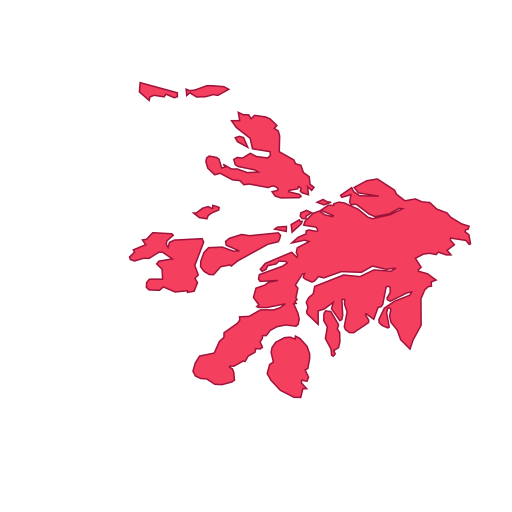 outline of Argyll and Bute, rotated 28°
{"feature_id": "GBR-2746", "entity_name": "Argyll and Bute", "entity_type": "Unitary District", "adm_level": 1, "iso_a3": "GBR", "parent_name": "United Kingdom", "parent_adm1": "", "projection": "robinson", "projection_center": [-5.597, 55.994], "detail": "fine", "context": "isolated", "style": "filled", "palette": "rose", "viewbox_px": 512, "rotation_deg": 28, "n_neighbors": 0, "source": "natural_earth", "source_scale": "10m", "svg_char_len": 6177}
<svg xmlns="http://www.w3.org/2000/svg" viewBox="0 0 512 512"><g transform="rotate(28 256 256)"><path d="M435.7,265.9L423.1,262.0L415.3,255.0L406.3,251.2L402.1,246.2L400.0,239.5L397.8,239.1L397.0,240.5L398.0,244.9L407.0,256.2L406.0,257.7L399.6,258.1L396.0,257.0L394.3,254.2L393.8,241.8L399.7,230.7L410.3,218.3L410.3,214.7L406.6,217.7L395.8,232.9L392.6,233.0L391.4,231.5L391.7,225.6L389.4,221.0L387.4,220.4L385.4,222.2L390.6,239.1L390.2,242.1L387.9,244.1L389.7,256.6L380.3,255.3L380.3,256.6L385.8,259.8L386.6,262.0L378.2,277.9L374.3,279.8L369.5,279.0L367.1,276.9L362.7,262.6L356.6,256.8L354.7,252.7L352.2,254.1L360.5,267.8L361.6,271.9L360.4,273.7L347.4,267.1L346.0,260.6L341.2,270.7L336.7,275.3L343.0,287.2L328.5,283.1L326.9,281.6L325.9,276.8L322.1,273.2L322.1,267.9L324.3,262.6L322.1,255.3L342.3,231.6L357.5,225.4L366.7,212.9L382.3,206.1L385.3,201.0L377.0,206.7L363.5,210.3L356.8,220.9L338.7,229.7L326.2,243.4L320.9,244.8L319.3,250.8L317.5,252.8L310.4,253.3L307.6,252.7L307.1,248.8L305.4,250.3L304.4,263.2L308.1,264.7L310.8,274.0L312.7,275.3L311.7,277.9L313.8,279.0L311.7,280.5L320.1,287.0L323.9,291.6L325.3,296.6L324.3,299.2L314.7,302.9L307.7,308.6L303.5,314.9L302.4,321.5L299.1,323.3L300.3,325.6L300.0,330.0L304.5,333.5L303.5,336.0L299.3,337.9L300.3,341.5L296.1,348.0L295.9,354.3L294.1,354.6L288.2,363.7L284.7,365.3L284.7,366.5L288.1,366.7L291.0,369.2L295.3,375.7L293.8,378.6L286.3,385.6L279.9,388.6L270.0,387.7L264.9,390.1L258.8,390.4L254.4,387.3L252.6,379.0L253.2,370.8L264.7,361.3L263.8,348.6L265.9,342.9L263.8,338.8L271.2,324.1L271.8,320.2L270.0,317.5L278.3,312.5L285.2,301.5L296.9,295.3L301.6,290.3L304.4,284.4L289.7,296.5L282.4,300.2L280.4,300.3L281.5,297.8L273.2,293.8L271.1,284.4L277.5,277.5L279.4,273.4L286.8,267.3L271.5,276.5L269.0,275.2L267.7,270.9L284.4,252.3L286.8,247.4L284.8,246.8L278.5,249.9L277.5,253.5L271.0,259.0L271.1,263.2L268.6,266.7L266.0,265.7L267.7,258.1L285.8,235.9L292.7,238.0L292.3,235.6L289.9,234.1L288.6,229.4L296.1,218.3L291.5,219.2L281.5,227.6L284.4,219.7L289.9,212.9L288.5,210.3L290.4,208.2L298.3,205.7L298.6,204.3L295.6,202.3L283.6,206.4L283.0,202.5L286.5,191.3L290.9,186.5L297.8,187.3L305.3,185.2L305.3,184.0L291.8,185.2L296.0,177.2L300.8,174.9L300.2,173.3L304.0,169.5L309.0,167.7L324.3,166.7L336.5,169.2L341.5,168.3L355.1,156.5L363.2,145.5L359.9,146.7L354.0,156.0L342.7,165.4L336.2,165.9L320.1,163.3L315.9,166.0L313.5,164.7L311.0,157.3L304.3,163.9L302.2,162.7L308.4,150.7L312.0,153.3L319.1,154.2L336.4,145.5L316.7,152.2L310.5,149.4L318.5,137.5L327.0,131.0L347.4,132.8L351.1,135.5L361.6,137.3L369.9,130.8L377.3,130.2L384.3,127.2L393.5,129.7L404.5,128.3L409.6,130.4L422.4,131.1L430.2,129.7L430.7,132.7L429.0,134.1L429.1,136.4L434.0,137.3L439.7,144.5L438.8,145.7L434.1,143.7L419.4,148.8L420.2,150.7L425.9,152.9L422.0,161.2L427.6,163.5L423.6,165.7L415.1,167.0L414.5,170.1L407.8,172.2L402.9,175.8L397.8,183.2L407.1,188.4L405.8,192.2L406.6,193.2L415.7,191.2L426.3,192.7L422.9,196.6L425.1,200.3L422.5,202.2L420.9,206.7L421.7,216.3L434.3,239.6L434.1,256.4L435.7,265.9ZM269.0,170.6L273.6,177.3L266.8,178.6L264.6,177.9L264.0,175.0L260.8,174.6L261.3,177.1L254.5,182.5L254.5,184.0L265.4,181.2L267.8,182.1L266.8,184.2L250.8,193.0L244.8,194.1L240.0,191.7L244.0,188.2L244.2,186.5L241.1,185.5L237.4,186.5L234.7,189.8L216.1,195.7L211.8,198.8L206.3,197.0L199.5,199.8L185.5,199.8L181.4,203.7L172.2,201.1L167.3,196.0L166.4,192.4L167.8,189.7L174.9,187.5L177.9,187.9L184.4,194.4L187.2,191.7L184.0,190.4L193.6,190.7L198.5,188.0L209.0,186.5L218.7,180.8L214.7,180.5L198.5,185.3L194.8,185.1L191.1,181.2L193.2,177.8L198.1,175.9L202.8,168.0L209.6,168.0L220.4,163.9L221.4,160.1L219.4,157.3L202.6,163.0L195.6,154.8L178.3,151.8L170.9,148.0L178.1,144.1L172.9,137.5L178.4,137.2L183.3,134.8L187.2,137.1L188.7,132.5L199.2,128.7L204.0,128.3L213.2,131.0L212.2,134.8L216.9,135.1L220.6,139.0L227.6,153.0L244.3,153.4L247.7,156.0L253.0,154.8L258.7,160.0L265.7,161.0L270.1,167.3L275.0,168.1L274.3,172.0L269.0,170.6ZM216.9,307.0L217.9,316.1L212.6,320.3L211.7,318.9L201.4,325.8L188.7,326.8L186.9,331.6L177.6,336.1L174.0,335.2L171.9,330.9L172.8,326.5L184.4,320.3L179.3,311.8L172.0,309.6L172.7,306.1L183.5,297.8L171.5,296.5L168.4,298.4L162.7,308.3L157.8,310.8L151.0,317.5L146.7,318.1L144.8,316.2L147.0,309.6L144.8,308.2L153.3,297.8L148.2,295.1L151.5,292.7L153.9,283.9L171.2,275.9L173.2,276.5L170.2,284.4L171.3,287.9L174.3,289.7L173.2,284.6L176.4,280.3L200.3,266.0L203.3,268.3L206.4,293.1L213.9,299.8L212.6,304.4L216.9,307.0ZM363.0,349.4L359.7,351.2L361.9,359.9L355.9,362.9L340.7,363.2L327.4,358.6L321.1,354.6L319.0,345.4L321.1,341.5L314.5,333.8L313.1,329.2L313.9,322.9L319.6,314.6L324.3,311.6L329.5,311.0L328.4,308.2L333.6,308.2L343.5,311.8L349.3,317.2L351.5,321.3L354.6,330.9L352.8,333.5L359.4,338.4L359.8,342.7L354.7,344.1L355.6,346.7L363.0,349.4ZM240.8,241.1L264.8,225.1L268.0,226.2L269.0,230.7L268.8,233.1L261.1,239.9L242.2,268.8L238.9,276.5L237.3,276.1L229.9,282.0L227.3,292.4L223.4,294.3L217.5,294.0L212.1,291.5L209.7,286.5L208.4,277.3L210.2,270.9L222.0,264.0L233.9,262.3L238.9,259.3L224.6,260.5L222.3,257.3L224.2,252.9L233.1,243.8L240.8,241.1ZM369.1,303.0L371.9,305.3L371.2,308.2L369.3,308.1L366.0,303.0L356.0,296.3L352.3,285.2L346.1,281.2L343.0,274.8L343.2,271.8L348.1,269.9L361.2,277.9L362.1,282.3L365.9,284.4L370.3,292.2L371.9,298.2L369.1,303.0ZM72.3,157.3L109.9,148.8L111.8,152.2L109.6,154.6L100.5,155.4L100.2,158.6L90.5,162.0L87.7,165.4L88.6,168.8L76.0,165.8L72.3,157.3ZM153.7,121.6L146.9,132.1L142.4,133.6L136.8,139.0L128.9,143.5L120.9,143.0L119.5,146.8L116.0,141.5L120.1,141.0L124.1,138.2L132.7,128.7L137.6,126.1L148.1,121.6L153.7,121.6ZM190.5,234.8L194.0,234.8L195.3,234.1L194.1,231.6L199.1,230.5L200.8,230.6L201.5,232.9L196.6,238.9L194.8,242.8L195.2,246.2L188.0,248.7L180.7,247.4L183.1,246.0L186.4,238.9L190.5,234.8ZM197.7,163.9L186.0,163.8L182.1,161.3L185.3,158.1L189.4,157.3L197.7,163.9ZM277.3,203.7L278.9,204.9L280.5,203.7L280.8,206.5L276.7,218.1L272.3,211.7L277.3,203.7ZM275.3,196.9L279.2,192.0L284.7,191.7L281.6,197.3L282.5,199.8L279.1,201.3L276.3,200.0L275.3,196.9ZM269.0,215.6L271.2,220.1L259.8,223.5L261.4,220.4L269.0,215.6ZM288.7,174.6L293.5,174.7L297.1,173.3L292.0,178.9L284.7,179.9L288.7,174.6Z" fill="#f43f5e" stroke="#9f1239" stroke-width="1.5"/></g></svg>